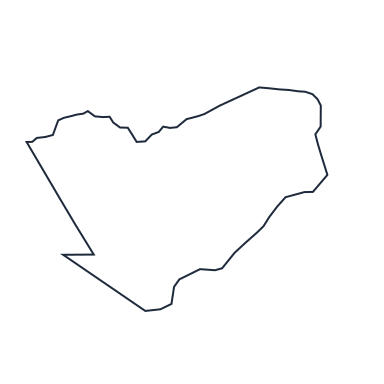 the district of Cacimbas, Paraíba, Brazil, rotated 165°
{"feature_id": "56859067B37855535348821", "entity_name": "Cacimbas", "entity_type": "district", "adm_level": 2, "iso_a3": "BRA", "parent_name": "Brazil", "parent_adm1": "Paraíba", "projection": "robinson", "projection_center": [-37.096, -7.206], "detail": "fine", "context": "isolated", "style": "outline", "palette": "slate", "viewbox_px": 384, "rotation_deg": 165, "n_neighbors": 0, "source": "geoboundaries", "source_scale": "gbopen_adm2", "svg_char_len": 963}
<svg xmlns="http://www.w3.org/2000/svg" viewBox="0 0 384 384"><g transform="rotate(165 192 192)"><path d="M45.2,242.2L46.7,249.1L50.3,255.3L56.8,259.6L63.4,261.8L72.1,265.5L80.8,268.4L90.6,272.2L100.0,275.6L142.6,268.3L159.9,264.1L166.5,263.7L172.9,263.7L178.3,263.8L184.0,261.2L189.9,258.5L196.7,259.6L202.9,262.6L208.6,258.6L216.0,257.9L224.1,253.0L232.5,254.7L235.1,263.5L237.4,270.7L244.8,272.9L250.1,279.5L252.1,286.0L258.6,287.4L266.2,290.2L271.7,297.1L276.8,295.8L283.2,296.6L289.3,296.6L296.7,296.8L302.7,295.8L306.6,290.3L311.6,283.1L319.5,283.1L327.9,284.4L333.3,281.8L338.8,283.1L321.1,219.0L313.4,191.6L303.1,157.0L332.7,164.7L267.9,89.2L252.9,86.9L240.8,89.2L233.9,105.0L226.8,110.9L204.2,115.4L190.1,110.5L182.7,110.5L166.5,122.3L153.6,129.1L139.7,136.0L131.7,140.5L124.0,147.7L113.3,156.0L102.9,162.8L83.3,162.8L75.2,160.8L56.8,173.5L57.7,195.6L58.0,205.6L57.9,215.8L50.8,221.9L45.2,242.2Z" fill="none" stroke="#1e293b" stroke-width="2"/></g></svg>